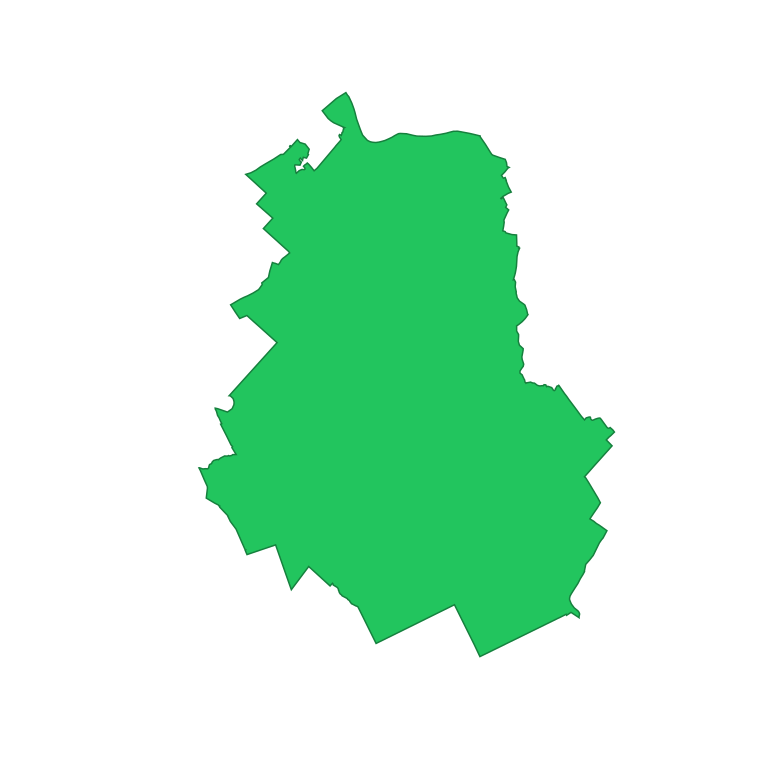 Salas pag., Salas, Latvia (Albers equal-area conic projection), rotated 342°
{"feature_id": "27541924B32123445019652", "entity_name": "Salas pag.", "entity_type": "district", "adm_level": 2, "iso_a3": "LVA", "parent_name": "Latvia", "parent_adm1": "Salas", "projection": "albers", "projection_center": [25.738, 56.452], "detail": "fine", "context": "isolated", "style": "filled", "palette": "green", "viewbox_px": 768, "rotation_deg": 342, "n_neighbors": 0, "source": "geoboundaries", "source_scale": "gbopen_adm2", "svg_char_len": 6034}
<svg xmlns="http://www.w3.org/2000/svg" viewBox="0 0 768 768"><g transform="rotate(342 384 384)"><path d="M437.8,95.1L426.9,97.8L409.7,105.0L412.9,114.2L414.8,117.3L416.9,120.0L425.6,127.9L424.5,127.9L424.6,129.0L424.0,129.4L423.6,129.9L422.9,131.4L422.5,131.7L421.9,131.8L421.9,132.0L420.2,134.4L418.9,133.0L418.1,133.6L417.9,135.1L418.8,138.3L417.4,139.3L412.0,142.5L410.4,143.6L386.9,158.2L383.4,159.6L382.0,155.7L380.5,152.2L379.9,151.0L379.3,150.1L378.8,150.5L376.3,151.2L374.7,152.0L375.5,154.2L375.2,155.2L375.0,155.4L374.3,155.5L372.3,154.6L372.0,154.6L370.9,154.7L370.9,154.8L369.2,154.9L365.7,156.5L365.6,156.2L365.6,155.4L365.7,154.5L365.9,154.0L366.3,150.4L366.2,149.8L366.7,148.5L366.9,148.2L367.5,148.2L371.5,149.8L371.8,149.9L373.9,147.5L373.8,147.0L373.2,146.2L373.1,145.9L372.7,144.6L372.7,144.3L372.8,144.2L374.2,143.3L374.9,145.0L375.6,146.2L375.9,145.6L377.3,143.5L380.1,145.2L383.1,142.4L382.7,141.5L385.4,137.6L383.2,131.5L378.6,128.3L377.2,124.8L369.3,129.4L368.8,128.6L368.4,128.3L367.8,128.7L367.7,128.8L367.9,129.3L368.2,129.9L359.3,134.5L356.7,133.8L348.6,136.0L339.3,138.0L333.3,139.4L328.5,141.0L322.7,142.0L317.3,141.9L331.0,166.1L318.5,173.3L329.5,191.9L317.3,198.9L334.1,228.2L334.8,230.2L329.5,232.3L326.8,233.2L325.2,234.0L324.5,234.5L322.8,236.2L320.5,237.8L317.8,235.6L316.4,234.8L315.4,234.0L310.3,241.3L307.0,247.0L299.0,250.1L298.9,251.8L295.2,254.6L293.8,255.5L287.8,257.0L281.5,258.0L277.8,258.3L273.5,258.9L262.6,261.3L264.8,269.6L267.0,277.1L274.8,276.5L279.3,284.4L282.2,289.3L295.1,311.6L233.1,347.3L234.0,347.7L234.3,348.0L236.0,351.2L236.0,351.3L236.0,352.4L235.9,354.7L235.2,356.5L234.8,357.4L231.9,360.6L231.6,360.7L226.4,362.3L226.3,362.2L218.2,356.1L216.0,354.8L215.8,355.6L215.8,355.9L216.1,357.2L216.2,358.6L216.0,362.5L216.7,365.3L217.0,368.6L217.4,371.6L216.2,371.7L218.3,385.0L219.7,394.8L220.6,396.7L219.7,397.5L221.6,405.4L218.3,404.4L217.0,404.9L214.8,404.7L214.1,404.0L212.8,404.2L210.2,403.2L205.6,403.9L203.2,404.8L203.1,404.6L201.5,404.2L198.4,404.1L197.0,404.8L196.4,405.2L195.4,406.4L193.8,406.6L193.1,406.8L192.0,408.3L191.4,409.5L190.1,410.2L188.1,409.4L185.4,408.8L182.7,406.7L182.1,406.6L182.6,409.5L183.5,419.6L184.3,426.8L184.0,428.0L184.0,428.3L179.7,437.6L186.1,444.9L188.7,447.5L189.1,447.9L189.5,449.2L190.0,449.3L189.7,450.4L194.5,460.4L194.8,461.3L194.6,461.4L195.4,467.2L198.2,475.5L198.5,476.5L199.5,486.6L199.6,487.7L199.6,487.8L200.7,498.7L200.8,499.0L201.0,499.1L200.6,499.3L201.0,503.9L231.2,503.5L231.9,535.1L232.3,551.0L256.0,534.3L270.3,559.4L273.4,557.6L273.8,558.7L273.6,559.4L274.5,560.5L276.6,562.9L276.6,563.0L277.2,564.4L277.0,565.9L277.1,566.0L277.1,568.7L277.3,569.1L277.4,569.9L278.4,571.5L278.7,572.5L282.6,576.5L282.8,576.7L282.8,577.2L283.0,577.8L283.5,578.3L284.4,579.8L284.3,580.3L285.2,582.9L285.3,582.9L288.7,586.4L289.2,586.7L290.3,587.7L291.4,594.9L296.3,628.3L382.8,615.7L389.3,659.7L391.0,672.9L477.8,660.5L478.2,660.5L486.1,659.3L486.2,660.4L491.3,659.0L494.9,663.5L497.3,666.5L497.5,665.7L498.3,664.4L498.9,663.3L499.0,662.7L498.9,661.4L498.6,660.3L498.4,659.8L495.8,655.8L495.5,655.0L494.3,651.4L494.1,650.2L494.0,648.8L493.9,647.3L493.9,646.8L493.8,646.7L494.2,645.3L494.5,644.7L495.4,643.2L497.4,641.3L502.1,637.4L506.7,633.7L510.6,629.8L514.2,626.8L516.6,624.5L516.5,624.4L520.1,617.9L525.3,614.8L530.1,611.6L539.7,601.7L542.7,599.4L544.7,598.2L550.7,592.4L545.0,584.7L542.9,582.3L541.1,579.4L538.1,575.9L544.6,570.8L548.8,567.6L553.1,563.8L552.1,558.2L548.4,541.9L546.8,535.5L546.0,534.2L558.4,526.9L581.8,513.3L578.9,507.4L578.1,505.9L581.4,504.1L583.9,503.1L588.3,500.9L587.4,498.3L585.6,495.3L584.8,495.6L584.1,495.6L583.4,495.2L583.0,494.7L582.8,494.5L580.2,486.5L579.8,485.2L579.1,483.4L578.9,483.2L578.2,482.9L576.5,482.7L573.9,482.7L572.5,482.9L571.3,483.0L570.9,482.8L570.3,482.3L570.1,481.9L569.7,480.9L569.9,480.4L570.0,479.8L570.0,479.3L569.0,478.8L565.8,478.7L563.6,480.1L561.8,475.9L561.3,474.5L558.8,466.9L555.0,455.8L554.0,452.4L552.7,448.8L549.9,439.5L549.8,439.3L549.2,439.8L548.5,439.4L547.6,439.6L546.6,440.8L545.7,441.3L545.6,442.0L545.4,442.2L544.8,442.6L544.1,442.9L543.8,442.9L543.4,442.5L543.1,442.1L543.0,441.3L542.4,439.3L542.2,439.1L539.1,436.8L537.8,436.8L537.6,434.8L536.0,434.1L534.9,434.9L534.1,434.5L531.5,434.0L529.5,432.7L527.4,429.7L525.6,428.9L524.0,427.5L520.2,427.0L519.3,427.1L519.4,426.6L518.7,425.9L518.7,425.4L518.8,424.8L519.0,423.6L518.8,423.0L518.6,421.4L518.3,419.2L518.3,418.2L516.7,415.6L517.4,413.6L520.6,411.1L521.8,410.3L523.0,408.3L523.0,403.3L523.5,400.8L525.6,397.0L526.8,394.7L527.3,393.4L524.8,389.0L524.9,385.0L526.8,380.1L527.3,378.5L526.5,374.7L528.1,369.7L530.3,369.1L534.7,367.4L538.6,365.3L542.4,362.5L542.2,361.7L542.6,357.5L542.4,352.5L541.6,351.2L538.5,347.1L537.9,345.2L537.3,343.1L537.6,340.4L537.7,338.4L537.7,338.2L538.2,337.5L538.8,332.1L540.6,327.8L540.2,325.0L539.2,324.9L541.9,321.0L543.3,318.8L544.7,316.2L546.3,313.1L549.9,303.9L552.3,299.8L553.7,298.1L554.9,296.8L554.1,296.3L554.7,295.6L553.5,294.3L552.9,293.9L553.7,291.5L556.1,283.2L551.8,281.4L546.7,278.0L546.3,276.5L544.3,275.0L546.4,271.2L548.2,267.5L548.7,265.1L554.2,259.1L556.4,257.0L554.3,253.6L556.2,251.6L555.9,250.0L555.3,245.4L554.9,243.3L552.7,244.0L552.5,243.5L554.6,242.7L554.9,242.4L560.8,241.1L564.3,240.8L563.3,235.3L563.2,233.8L562.9,227.9L563.2,227.9L563.0,225.1L561.2,225.2L560.9,224.6L560.2,221.9L564.4,219.7L568.7,216.9L569.9,216.7L568.2,215.1L568.9,211.4L568.7,207.8L563.7,204.2L558.1,199.9L557.4,198.8L556.7,196.3L554.5,187.4L551.9,178.7L552.1,177.8L547.1,174.7L542.8,172.1L532.3,166.4L528.1,165.1L524.9,164.9L520.6,164.7L514.8,164.0L510.2,163.2L505.8,162.8L500.4,161.4L491.9,158.4L488.5,156.5L482.8,153.0L476.8,150.7L475.1,150.4L473.6,150.6L470.8,151.1L468.0,151.8L464.2,152.3L460.2,152.7L457.2,152.6L454.1,152.4L450.8,151.8L447.9,150.6L445.8,149.4L443.5,147.2L440.6,140.8L440.3,137.5L440.1,134.0L440.0,130.7L439.8,123.7L440.3,116.7L440.4,113.0L440.2,107.0L439.8,103.7L439.3,99.7L438.5,98.0L437.8,95.1Z" fill="#22c55e" stroke="#15803d" stroke-width="1.5"/></g></svg>